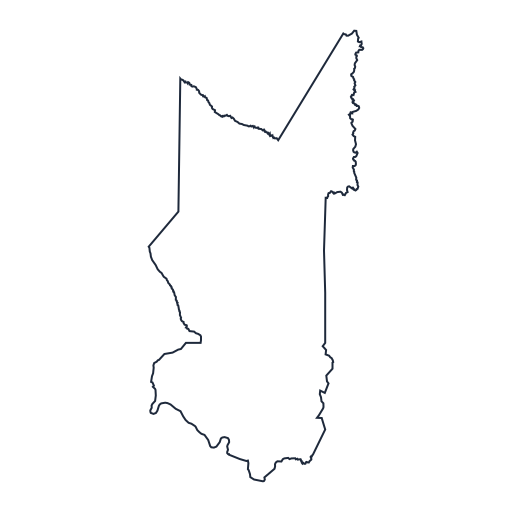 Chibuto, Gaza, Mozambique (Natural Earth projection)
{"feature_id": "85939544B98651386750815", "entity_name": "Chibuto", "entity_type": "district", "adm_level": 2, "iso_a3": "MOZ", "parent_name": "Mozambique", "parent_adm1": "Gaza", "projection": "natural_earth1", "projection_center": [33.631, -24.266], "detail": "fine", "context": "isolated", "style": "outline", "palette": "slate", "viewbox_px": 512, "rotation_deg": 0, "n_neighbors": 0, "source": "geoboundaries", "source_scale": "gbopen_adm2", "svg_char_len": 6026}
<svg xmlns="http://www.w3.org/2000/svg" viewBox="0 0 512 512"><path d="M358.3,186.6L357.5,185.0L357.6,182.4L356.9,182.1L357.0,180.5L356.5,180.3L356.1,179.4L356.3,177.7L354.2,172.8L354.3,171.9L353.8,171.2L353.9,169.6L352.7,167.6L352.9,166.0L354.4,166.1L355.2,165.6L355.8,164.9L355.9,163.7L355.7,161.7L355.1,160.9L354.2,160.7L353.8,159.8L353.2,159.5L353.0,158.5L353.9,157.0L355.4,156.9L356.3,156.1L357.6,153.0L356.8,151.7L355.6,152.7L354.3,152.4L353.5,151.7L353.1,150.2L353.3,149.0L355.3,146.7L356.0,144.2L355.0,140.3L355.2,136.8L353.7,136.1L352.5,134.6L353.3,133.4L353.1,132.6L353.7,131.1L354.7,130.6L355.4,129.0L352.5,125.8L351.4,123.3L351.4,122.7L352.6,121.7L352.9,119.6L352.6,119.3L351.7,119.5L350.2,118.3L350.0,116.1L348.9,114.7L349.5,114.3L350.1,114.9L350.6,113.8L350.3,113.2L350.6,112.4L352.3,113.2L352.4,112.0L356.2,110.9L358.3,109.5L359.2,107.9L358.8,106.3L358.1,105.9L356.7,106.0L356.5,105.0L355.8,105.0L355.6,104.4L355.0,104.7L354.4,103.6L353.0,103.1L352.8,102.7L353.1,102.3L352.6,102.2L352.7,101.3L353.9,100.4L353.1,99.2L352.3,99.2L352.3,98.6L351.4,98.0L350.9,96.8L351.9,95.0L352.6,95.3L353.3,94.5L353.6,94.7L354.2,92.5L355.4,91.9L354.9,91.4L355.0,90.3L354.4,90.4L353.5,89.4L354.5,88.0L354.2,86.8L355.4,85.4L354.6,83.2L355.3,82.0L354.1,80.3L354.2,79.3L353.5,78.6L353.1,77.0L351.4,76.0L351.1,74.8L351.4,74.0L352.3,73.6L353.9,71.8L354.3,69.8L354.1,68.9L355.0,67.9L355.2,66.5L354.6,65.0L354.9,63.3L357.2,60.1L356.3,58.2L356.3,56.8L356.9,56.0L356.8,55.5L355.4,54.7L355.3,54.2L356.1,52.6L358.3,52.4L358.5,50.8L359.3,49.8L362.0,49.9L362.9,49.2L363.3,48.2L362.7,47.3L361.1,47.1L360.5,46.2L359.9,46.2L360.2,45.4L361.1,45.2L361.7,43.9L361.4,41.5L359.3,42.2L357.9,41.5L358.1,38.7L358.7,37.8L356.9,34.7L356.3,30.9L354.2,30.7L351.9,33.6L348.1,35.7L346.5,35.7L345.8,34.4L344.2,34.2L343.3,33.5L278.2,140.2L276.7,138.2L274.9,138.4L274.3,137.7L273.5,138.0L273.4,137.3L272.2,137.1L272.8,136.9L272.5,135.6L272.1,136.0L271.5,135.4L270.1,136.1L269.4,134.9L269.9,134.2L269.8,133.5L269.4,134.0L268.2,133.8L268.4,133.2L268.1,132.7L267.3,132.9L266.8,132.2L265.9,132.1L265.7,131.6L264.9,131.7L264.7,130.6L264.0,129.6L263.0,130.5L261.2,129.0L258.7,128.8L258.4,127.8L257.9,128.0L257.7,127.5L256.1,127.9L254.8,127.2L254.5,126.3L253.6,126.5L253.5,127.0L252.8,125.9L251.3,126.5L250.6,125.7L249.4,126.3L248.4,126.3L247.6,125.7L243.8,125.0L241.9,124.0L239.4,123.6L237.6,122.0L235.0,120.8L233.8,118.7L232.5,117.5L231.5,118.0L230.2,115.8L228.9,116.2L227.6,115.8L226.9,114.9L225.7,115.7L225.0,115.5L223.9,116.4L223.3,116.4L222.9,115.8L222.3,116.0L222.1,116.7L221.0,116.3L220.1,115.3L219.4,115.2L218.5,114.3L214.8,112.0L215.0,110.2L212.6,109.0L211.9,107.8L212.0,106.5L209.9,104.8L209.3,103.0L208.5,102.2L208.1,100.5L207.2,100.2L206.6,97.9L205.1,97.3L204.8,96.2L204.1,96.6L203.1,96.4L203.0,95.2L201.2,94.8L200.5,94.2L199.2,92.8L199.1,91.2L198.1,89.9L196.8,89.7L196.8,89.0L195.8,87.1L193.8,86.3L192.3,86.6L191.4,86.1L191.3,84.9L189.6,84.6L189.5,83.3L189.1,82.7L188.2,82.2L187.7,83.2L187.3,82.4L185.0,82.5L185.1,81.5L184.1,81.6L183.3,80.3L181.9,79.6L181.1,79.6L180.3,78.6L178.4,211.6L148.7,246.7L149.4,247.8L149.8,251.6L150.5,253.4L150.9,256.7L152.2,260.1L155.7,265.1L157.7,269.3L159.9,271.8L161.5,272.9L163.7,276.7L166.5,278.7L166.9,280.2L167.8,281.2L168.2,282.8L169.9,284.6L170.0,285.4L170.9,285.9L171.1,286.8L171.7,287.2L171.7,288.5L172.9,289.6L173.2,291.4L173.6,291.4L173.7,292.1L174.1,292.3L174.7,295.3L175.9,297.0L175.8,299.8L176.7,300.6L176.6,301.3L177.5,302.6L177.1,302.9L177.8,304.8L177.6,305.0L178.3,305.7L179.0,309.9L179.5,310.7L179.4,311.5L180.0,312.2L179.9,315.0L181.1,317.8L180.7,318.8L181.2,320.1L182.0,321.2L183.6,322.0L183.6,323.1L184.6,324.7L186.6,325.2L186.9,326.0L186.0,327.5L186.7,327.7L187.2,328.7L188.3,328.8L189.5,331.1L194.1,331.6L195.9,333.2L198.2,333.9L200.4,335.3L201.0,336.6L201.0,340.2L200.6,342.9L185.9,342.9L180.9,349.0L178.2,349.6L172.6,352.6L164.4,354.0L159.0,359.9L157.8,360.3L156.7,361.7L154.2,363.0L153.4,365.4L153.7,367.7L153.1,373.3L152.0,376.2L151.1,381.9L152.5,382.5L153.9,385.7L152.9,386.8L155.1,388.9L155.5,389.9L155.8,395.5L155.1,401.0L152.4,403.9L151.6,405.5L151.7,407.8L150.3,410.4L150.4,411.9L150.8,412.9L153.5,413.9L155.9,413.0L157.4,410.7L158.9,405.8L159.7,404.5L161.2,403.4L165.2,402.7L167.5,403.1L170.6,404.5L175.7,408.8L180.5,411.2L183.2,416.4L185.6,420.0L188.6,422.8L191.4,423.7L194.9,426.0L195.6,426.7L197.3,430.1L199.4,432.2L201.4,433.8L204.5,434.9L208.2,440.0L210.2,446.1L211.3,447.3L213.9,447.6L216.4,446.6L219.7,442.2L220.9,438.5L222.3,437.5L224.6,437.1L227.9,438.1L228.9,439.7L229.1,441.3L229.1,442.3L227.5,445.2L227.2,446.5L228.0,449.8L227.2,451.9L227.2,453.1L228.1,454.1L229.0,454.2L229.0,454.7L239.7,459.0L246.4,461.0L247.9,460.6L248.4,463.2L247.9,469.2L248.7,470.2L250.0,474.2L250.3,477.1L254.0,479.5L263.0,481.3L264.1,480.9L264.8,479.5L264.4,477.4L274.5,468.8L275.1,466.4L275.0,464.2L275.8,462.5L277.4,461.3L281.4,461.5L282.8,459.2L284.3,458.4L288.2,457.9L289.5,459.1L291.5,458.4L295.3,458.3L295.8,459.3L297.4,458.8L297.8,459.6L300.5,459.2L300.8,459.4L301.0,460.9L301.9,461.3L301.7,462.6L302.5,463.7L303.4,462.9L304.3,463.8L305.4,463.7L306.2,462.0L306.7,461.9L307.5,462.4L308.8,462.5L309.6,461.1L311.2,459.7L311.4,459.1L310.6,456.9L310.9,456.4L311.8,456.5L312.2,455.3L312.9,454.7L325.2,429.5L321.7,418.0L317.0,417.8L318.9,415.3L323.1,408.4L323.5,407.1L323.4,403.3L321.5,401.3L321.0,397.2L319.8,394.2L320.2,390.6L324.8,392.9L328.5,383.4L327.0,381.4L326.3,375.6L332.5,368.7L332.5,362.6L333.2,362.1L332.8,360.3L331.6,358.1L330.3,357.3L329.1,355.7L325.6,354.4L326.1,350.0L322.7,346.2L325.2,342.9L325.2,292.9L324.0,250.5L325.7,197.8L327.2,198.0L327.6,196.7L328.1,196.3L328.1,194.4L328.6,193.1L329.7,193.0L331.1,191.2L332.1,191.6L333.5,193.3L334.0,192.6L334.7,193.5L337.2,192.1L340.5,191.7L341.9,192.7L342.8,194.8L343.6,194.5L344.1,195.1L344.8,195.2L346.0,192.9L347.6,192.1L347.0,190.0L347.2,187.5L347.8,186.7L349.1,186.3L352.1,188.5L352.3,187.8L352.9,187.6L354.1,189.3L354.0,189.8L355.5,190.5L356.4,189.9L356.6,189.1L357.5,188.9L358.3,186.6Z" fill="none" stroke="#1e293b" stroke-width="2"/></svg>